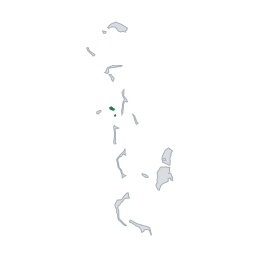 location of Rum Cay within The Bahamas, rotated 213°
{"feature_id": "BHS-5032", "entity_name": "Rum Cay", "entity_type": "District", "adm_level": 1, "iso_a3": "BHS", "parent_name": "The Bahamas", "parent_adm1": "", "projection": "orthographic", "projection_center": [-74.928, 23.749], "detail": "fine", "context": "in_parent", "style": "filled", "palette": "green", "viewbox_px": 256, "rotation_deg": 213, "n_neighbors": 0, "source": "natural_earth", "source_scale": "10m", "svg_char_len": 3582}
<svg xmlns="http://www.w3.org/2000/svg" viewBox="0 0 256 256"><g transform="rotate(213 128 128)"><path d="M79.3,106.4L79.2,109.8L79.4,112.3L79.2,113.2L76.4,114.8L75.7,115.7L73.1,116.6L71.5,117.9L70.8,115.7L69.3,114.4L69.1,112.1L67.9,112.9L66.3,112.4L63.6,110.6L61.9,108.2L64.3,107.9L64.8,109.4L66.7,107.6L66.3,106.7L66.0,106.6L65.4,104.8L68.4,100.4L69.1,97.5L67.9,92.8L69.1,92.5L72.3,94.2L73.7,95.8L73.7,98.1L75.1,99.8L77.0,104.0L79.3,106.4ZM81.3,119.2L81.3,119.8L78.7,121.5L80.5,122.8L82.3,120.1L83.6,122.3L84.3,126.5L84.2,127.2L84.3,127.8L84.5,128.6L84.6,129.8L83.1,133.4L78.1,132.9L78.1,129.8L77.3,129.2L76.2,124.9L74.7,123.4L72.6,119.8L73.9,118.9L75.5,119.3L76.4,118.8L78.7,118.5L80.2,118.1L81.3,119.2ZM199.4,204.3L198.6,206.3L195.9,210.2L189.8,211.3L183.1,211.5L182.6,210.5L182.4,209.5L182.9,208.1L182.8,207.5L182.6,206.9L185.0,206.3L186.6,204.5L189.1,204.1L192.3,205.4L194.1,205.4L196.6,204.0L198.6,200.9L199.8,201.3L199.4,204.3ZM93.0,73.5L92.4,73.7L90.3,70.9L88.6,70.1L91.3,68.1L92.5,66.5L92.6,62.8L93.3,60.8L93.1,59.0L93.7,57.3L93.0,55.3L90.7,53.6L86.4,47.3L79.4,45.6L75.7,45.5L77.7,44.5L79.6,44.6L82.4,45.3L85.8,45.7L87.9,47.5L89.8,50.0L91.6,51.1L92.3,51.7L92.2,52.4L92.5,53.1L94.9,54.3L97.2,56.2L97.8,61.6L94.6,64.2L93.8,72.1L93.0,73.5ZM62.0,50.0L65.0,50.9L66.6,50.8L67.6,50.3L72.0,50.6L75.6,49.9L76.1,51.3L76.0,52.1L68.3,52.7L61.3,54.7L57.4,56.0L55.6,56.1L54.3,55.3L49.8,50.7L51.0,51.2L54.3,53.8L56.5,53.4L58.5,51.8L58.8,50.6L58.5,50.0L59.5,48.0L62.0,50.0ZM107.2,85.2L111.3,88.4L114.8,89.6L118.5,93.6L120.2,95.0L120.5,96.3L119.8,102.0L118.9,105.5L119.0,108.6L118.1,107.7L117.2,105.7L115.7,104.5L115.2,103.9L117.9,103.8L118.2,100.6L119.5,98.2L119.3,95.6L116.2,92.7L114.1,90.2L110.9,89.3L107.9,86.8L106.1,86.5L103.9,86.9L104.7,85.4L105.3,83.4L105.7,83.1L107.2,85.2ZM152.5,157.4L152.3,158.1L149.1,152.6L145.1,151.2L142.7,149.9L143.2,149.1L144.8,148.8L145.1,147.0L144.4,145.1L142.3,141.3L141.1,138.7L140.6,138.1L140.4,135.9L142.9,139.3L144.0,142.3L145.7,145.2L146.8,150.3L150.0,152.0L152.4,154.5L152.5,157.4ZM168.8,176.2L167.0,177.1L167.4,175.6L170.8,173.2L172.7,171.0L173.8,170.3L174.2,169.7L175.7,168.9L176.4,167.5L176.2,166.4L174.6,164.5L174.6,163.2L175.2,162.3L177.8,161.8L177.2,163.2L178.2,167.2L174.7,172.1L171.7,173.7L168.8,176.2ZM140.6,121.2L140.8,122.6L139.1,122.3L136.6,122.8L135.7,122.9L136.3,121.9L138.0,120.6L138.1,119.3L136.0,117.5L133.5,113.1L132.3,112.0L131.8,110.3L129.7,108.5L130.1,107.6L130.6,107.3L132.0,107.8L135.2,114.2L135.4,114.9L140.6,121.2ZM198.6,170.0L200.2,170.4L201.1,170.3L204.0,171.1L205.8,172.2L206.2,172.7L205.3,173.7L202.6,171.8L200.2,171.6L196.9,171.7L195.6,171.4L196.4,169.3L198.6,170.0ZM172.5,162.1L173.1,162.6L171.5,163.7L167.8,162.3L167.0,162.4L166.3,161.0L166.0,159.9L166.1,158.9L168.3,159.7L169.5,161.1L172.5,162.1ZM89.5,98.1L86.6,98.6L84.6,98.0L84.1,97.6L85.0,96.8L86.9,96.2L90.0,96.2L91.3,97.0L91.4,97.3L89.5,98.1ZM131.5,141.9L130.5,142.1L128.6,141.4L124.1,138.0L122.1,137.6L122.8,135.8L124.3,136.4L127.9,139.4L129.2,140.8L131.5,141.9ZM162.9,124.8L160.9,127.8L159.8,127.6L160.4,123.8L161.8,123.2L162.4,123.2L162.9,124.8ZM202.2,195.5L198.8,196.9L198.4,195.3L200.1,194.0L202.2,195.5Z" fill="#d9dde1" stroke="#a8b0b8" stroke-width="1"/><path d="M151.0,134.9L152.3,134.5L153.2,134.5L153.5,134.7L154.1,135.1L153.8,135.5L153.7,135.9L153.4,136.1L152.9,136.0L153.0,136.4L152.6,136.4L152.0,136.2L151.7,135.8L151.2,136.0L150.4,136.0L149.9,136.2L149.8,135.6L150.0,135.2L150.4,135.0L151.0,134.9ZM145.7,131.0L145.8,131.1L145.8,131.4L145.6,131.8L145.3,131.4L145.5,131.0L145.7,131.0Z" fill="#22c55e" stroke="#15803d" stroke-width="1.5"/></g></svg>